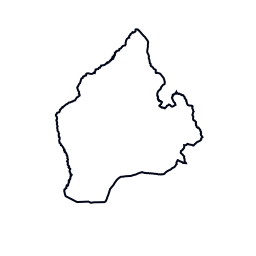 Iringa, Iringa, United Republic of Tanzania, rotated 300°
{"feature_id": "72390352B92646008536074", "entity_name": "Iringa", "entity_type": "district", "adm_level": 2, "iso_a3": "TZA", "parent_name": "United Republic of Tanzania", "parent_adm1": "Iringa", "projection": "robinson", "projection_center": [35.361, -7.564], "detail": "fine", "context": "isolated", "style": "outline", "palette": "ink", "viewbox_px": 256, "rotation_deg": 300, "n_neighbors": 0, "source": "geoboundaries", "source_scale": "gbopen_adm2", "svg_char_len": 5819}
<svg xmlns="http://www.w3.org/2000/svg" viewBox="0 0 256 256"><g transform="rotate(300 128 128)"><path d="M117.7,62.7L113.5,61.2L113.2,61.2L113.2,60.8L112.6,60.9L112.1,60.5L111.1,60.5L109.9,60.0L109.1,60.5L108.2,60.3L107.3,60.6L105.7,59.0L104.7,59.2L103.5,58.9L102.6,59.4L102.3,60.5L101.3,61.3L100.8,61.9L99.5,62.2L99.0,62.0L98.6,62.6L98.0,62.9L97.3,64.0L96.3,64.3L95.9,64.3L94.0,66.4L93.2,66.3L92.6,66.6L92.0,67.3L90.3,68.5L89.9,69.6L88.4,71.2L87.1,71.5L86.4,72.1L86.3,72.6L85.6,72.7L85.3,73.8L84.1,74.4L83.1,74.5L82.5,74.8L81.5,75.8L81.0,76.0L80.8,77.2L80.4,78.0L79.6,78.5L79.8,79.2L78.7,81.7L77.6,83.2L77.6,83.6L77.0,83.5L76.7,83.7L76.6,84.6L76.1,85.4L75.6,85.2L75.3,86.3L75.3,87.1L75.0,87.5L73.7,88.5L73.6,88.8L73.8,88.9L73.8,89.1L72.4,90.2L71.4,90.6L70.9,91.7L69.2,92.2L68.9,91.8L68.7,91.8L68.4,92.3L68.4,92.9L67.4,93.6L66.4,93.9L65.9,94.3L66.0,94.8L65.4,96.1L65.2,96.3L64.4,96.1L64.3,96.7L63.8,97.1L63.9,98.1L63.7,98.5L62.8,98.5L61.7,98.9L61.3,99.3L60.9,99.3L60.5,100.3L59.6,101.1L59.4,101.4L59.5,102.3L59.3,102.7L58.9,102.7L58.6,102.2L58.4,102.5L58.0,102.4L57.8,102.6L57.3,102.4L55.8,103.2L54.7,103.2L54.4,103.5L54.1,103.2L53.1,102.9L52.6,103.6L51.9,103.5L51.3,104.1L50.4,104.0L48.6,104.7L48.1,103.9L47.6,104.3L47.4,103.8L47.2,103.7L45.1,104.6L44.6,104.1L44.0,104.2L42.9,103.7L42.4,103.8L42.0,104.3L41.4,104.4L39.6,106.1L38.1,107.6L37.8,108.4L38.4,120.9L44.5,130.6L44.7,133.4L45.5,134.2L46.7,135.8L52.0,144.6L53.2,145.3L55.2,145.2L58.2,144.6L60.6,144.3L66.2,143.0L71.5,143.9L74.0,143.9L77.0,144.2L79.3,144.8L81.7,145.9L82.3,146.4L83.4,148.1L85.0,150.0L88.0,154.6L89.8,156.1L91.6,158.0L94.0,159.7L96.9,162.3L96.9,163.3L97.3,164.2L97.5,165.2L98.0,165.9L98.4,167.2L99.1,168.0L99.5,169.5L100.1,170.2L100.3,170.9L101.0,172.2L101.8,174.4L102.1,174.7L102.9,176.7L103.0,177.5L103.6,178.3L104.1,179.6L104.7,180.1L105.2,181.3L105.6,181.5L106.3,182.3L108.4,182.8L110.4,183.7L113.9,186.0L115.5,186.4L117.2,187.7L119.3,188.0L120.3,187.9L121.0,188.2L122.2,187.3L122.7,187.2L125.0,187.1L125.2,187.7L125.0,189.2L125.4,190.4L125.3,191.0L125.5,192.1L125.2,193.2L125.8,193.7L126.1,195.0L126.5,195.8L126.9,195.3L127.2,193.8L129.3,192.6L130.0,191.6L131.5,190.9L132.0,189.1L132.3,188.6L132.6,186.7L132.9,186.0L134.7,185.4L135.3,185.8L135.9,185.9L136.8,186.4L137.5,186.2L138.0,186.5L138.6,186.5L140.1,186.0L141.2,185.2L141.6,186.1L142.8,187.2L143.9,187.3L144.1,187.5L144.3,189.3L144.6,189.7L144.8,190.7L145.4,192.0L145.3,192.9L145.7,193.6L147.6,193.9L148.2,194.3L150.1,194.7L151.7,195.9L153.8,197.1L154.8,197.1L155.1,196.7L155.8,196.8L156.3,196.6L156.8,196.6L157.4,197.0L158.0,195.8L158.2,195.0L159.4,193.8L160.1,193.9L160.4,193.6L161.1,193.3L161.7,192.0L162.4,191.6L163.4,189.2L163.2,189.2L163.0,188.7L163.3,186.8L164.2,186.1L164.5,185.4L165.3,185.1L165.5,184.6L167.1,184.0L167.7,181.9L167.5,180.9L168.1,180.0L170.8,178.6L171.1,177.6L171.7,177.1L173.0,177.0L174.2,176.5L175.1,176.6L175.6,175.7L176.6,174.9L177.1,173.9L177.5,173.6L179.1,173.1L179.2,172.5L179.0,172.1L179.1,171.8L178.1,169.9L177.8,168.1L179.1,166.4L179.7,166.0L180.4,164.9L180.8,165.0L181.3,164.5L182.2,162.1L183.0,161.8L183.5,160.2L183.9,159.7L184.0,159.2L183.6,158.6L183.7,158.2L183.7,157.9L183.3,157.6L183.6,156.9L183.3,155.7L183.4,155.3L182.9,154.8L182.9,153.7L182.7,153.8L182.7,153.3L182.3,153.1L183.3,151.9L182.3,152.0L182.1,151.7L181.4,151.7L180.5,151.5L180.2,150.8L179.3,150.2L179.1,150.2L179.0,150.6L178.6,150.4L177.8,150.9L177.5,150.7L176.8,151.0L176.5,150.8L176.0,151.0L173.5,154.5L173.1,156.2L171.7,157.6L171.1,157.1L169.5,156.4L168.5,155.5L168.4,154.4L168.9,153.3L168.8,151.7L168.0,151.5L166.6,150.6L166.1,150.7L164.6,150.4L164.0,149.9L163.5,150.1L163.3,149.9L163.2,149.4L163.4,149.0L163.3,148.5L162.9,147.9L163.0,147.1L162.5,146.8L162.8,145.0L162.7,144.4L163.0,144.0L163.3,144.0L165.1,144.7L167.5,144.4L167.6,143.9L167.4,143.5L167.7,142.7L167.3,142.0L167.0,142.0L166.9,141.6L167.2,140.8L167.5,140.7L167.3,140.5L167.5,140.0L168.2,139.4L168.3,139.1L169.5,138.8L170.4,137.5L170.6,137.7L171.0,137.0L171.6,136.6L172.7,136.1L174.4,135.8L175.7,135.9L176.0,136.1L178.1,136.7L178.4,136.5L179.4,136.6L179.8,136.3L181.4,136.5L182.9,136.8L184.2,137.7L186.1,137.0L188.2,134.9L189.1,133.9L191.1,128.8L190.5,125.8L189.7,125.0L189.6,124.7L190.2,124.0L191.8,123.3L192.3,122.8L192.1,120.9L193.0,119.0L193.2,117.7L193.0,117.2L193.4,116.4L194.7,115.7L195.0,115.2L195.0,114.6L198.0,112.2L198.4,111.4L199.8,110.5L200.6,110.3L201.9,108.8L203.3,106.7L204.8,105.9L208.1,104.7L209.6,103.8L212.6,102.4L213.4,101.3L215.4,96.8L215.7,95.2L217.6,89.7L218.2,87.5L217.9,87.1L217.9,86.3L217.4,85.5L217.1,85.3L215.4,86.1L214.7,85.9L214.1,85.3L213.6,85.2L213.2,84.9L213.2,84.0L212.4,84.0L210.3,83.2L209.9,83.5L209.3,83.4L208.7,83.1L207.5,83.2L206.8,83.9L206.1,83.1L204.5,82.5L203.0,82.6L201.3,83.1L199.0,84.2L198.2,84.2L196.3,82.4L193.4,82.0L192.0,81.0L191.2,81.4L190.6,81.4L189.3,79.9L188.5,79.8L188.1,79.3L187.2,79.6L186.6,79.0L185.3,79.9L184.6,79.9L184.3,80.2L184.0,79.9L183.5,80.0L183.8,79.5L183.7,79.4L183.2,80.0L182.7,79.8L182.4,80.0L182.2,79.7L181.7,80.0L181.6,79.3L181.0,79.6L180.5,79.4L180.2,79.9L180.0,79.4L179.5,79.7L179.2,79.4L178.7,79.5L178.4,79.1L178.0,79.4L177.1,78.8L176.4,78.9L175.6,78.4L175.1,78.4L174.9,77.7L174.3,77.7L174.1,77.1L173.8,77.1L173.5,77.5L172.8,76.8L171.5,76.5L170.3,75.6L168.6,73.5L167.9,73.8L166.9,73.4L166.2,73.6L165.6,72.7L164.2,72.7L163.2,71.4L162.6,71.2L162.4,70.7L158.9,71.8L158.6,71.2L158.8,70.7L157.3,70.2L156.3,69.0L155.6,66.5L154.7,65.1L153.8,64.8L152.8,65.3L152.2,65.3L151.7,64.4L150.8,64.2L150.5,63.6L150.1,63.4L148.7,63.8L147.8,63.0L147.4,62.9L142.9,64.0L141.9,63.7L139.8,63.7L139.1,64.0L138.2,63.7L137.5,63.8L135.3,66.4L134.8,67.6L133.6,68.3L133.0,68.3L132.7,69.4L131.9,69.9L129.8,69.0L128.8,68.4L125.4,68.3L124.2,67.1L123.2,66.8L122.6,66.0L121.3,65.2L120.6,64.2L118.3,63.3L117.7,62.7Z" fill="none" stroke="#020617" stroke-width="2"/></g></svg>